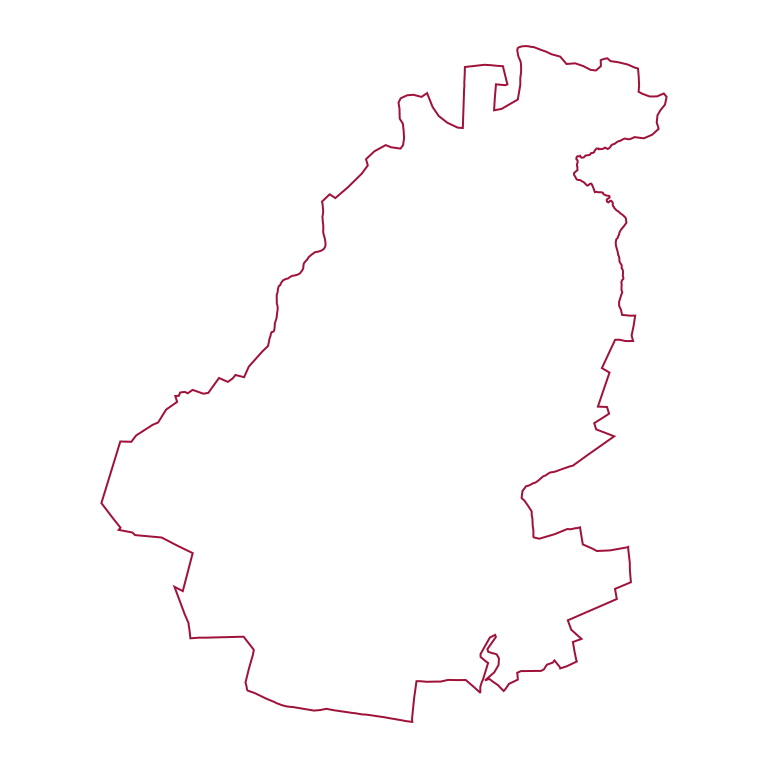 Ixtacomitán, Chiapas, Mexico (Natural Earth projection)
{"feature_id": "50627088B13512547734143", "entity_name": "Ixtacomitán", "entity_type": "district", "adm_level": 2, "iso_a3": "MEX", "parent_name": "Mexico", "parent_adm1": "Chiapas", "projection": "natural_earth1", "projection_center": [-93.084, 17.427], "detail": "fine", "context": "isolated", "style": "outline", "palette": "rose", "viewbox_px": 768, "rotation_deg": 0, "n_neighbors": 0, "source": "geoboundaries", "source_scale": "gbopen_adm2", "svg_char_len": 6064}
<svg xmlns="http://www.w3.org/2000/svg" viewBox="0 0 768 768"><path d="M600.7,60.1L600.9,66.1L595.9,70.5L590.5,69.8L583.3,66.1L575.2,63.3L566.5,64.0L560.2,56.6L551.4,54.2L546.2,51.7L541.6,50.1L533.8,47.1L531.5,46.9L527.8,46.2L524.6,46.1L521.8,46.4L518.6,47.4L517.8,48.1L517.2,50.2L517.6,52.1L518.0,55.0L518.6,57.0L520.6,61.6L520.9,63.6L521.1,66.1L521.1,72.2L520.3,78.1L520.3,84.8L517.8,99.5L501.6,108.9L494.1,110.3L494.8,98.2L496.0,84.3L505.3,85.2L507.4,84.4L502.9,66.2L497.0,65.8L490.9,65.2L484.4,64.8L464.9,67.0L464.7,74.7L464.3,82.7L464.4,86.3L464.1,89.2L462.9,125.7L462.8,128.0L462.6,128.0L457.6,127.6L447.3,122.7L438.8,116.1L432.6,107.0L427.1,93.1L421.5,96.9L413.5,94.8L407.1,95.3L400.7,98.3L398.5,102.6L399.5,108.7L399.7,118.6L402.9,123.8L403.7,131.4L404.1,138.2L403.0,145.3L400.5,148.6L390.9,147.2L385.7,145.1L374.4,151.3L366.0,159.2L367.8,165.4L361.9,173.5L348.0,187.2L335.3,198.1L329.7,194.3L322.0,201.6L322.5,203.7L323.2,211.2L323.1,213.0L322.4,217.0L322.7,219.3L322.7,221.0L323.2,224.7L323.3,226.9L323.2,232.0L323.5,233.9L324.5,237.4L324.9,239.0L325.5,243.0L325.5,245.0L325.1,246.9L324.0,248.7L322.6,249.9L320.8,250.8L317.7,251.8L315.6,252.0L314.6,252.4L312.7,253.9L311.5,254.7L308.9,256.9L307.2,259.5L305.3,261.6L304.0,263.1L303.5,265.0L303.2,268.5L302.5,269.9L301.4,271.5L300.3,272.8L299.7,273.6L297.1,274.8L294.5,275.5L292.8,275.7L291.9,276.0L290.0,277.0L288.0,278.5L286.0,278.9L283.3,280.2L282.0,281.6L280.8,283.5L280.2,285.2L278.8,286.1L277.9,289.0L277.7,291.8L276.7,295.1L276.8,303.3L277.5,305.9L277.7,308.2L277.5,310.3L276.5,318.3L274.8,323.5L274.7,326.7L274.2,330.6L273.2,331.7L271.8,332.0L270.9,333.7L270.5,335.9L269.5,338.6L268.9,342.0L268.0,346.0L262.3,351.5L248.8,366.6L244.1,377.2L235.4,375.0L232.8,378.3L227.9,381.9L219.0,378.0L208.3,392.9L203.4,393.7L192.6,389.9L187.7,393.3L184.9,391.9L182.0,392.2L180.1,392.6L178.8,395.8L175.3,396.0L177.1,401.9L166.1,409.6L158.1,422.5L152.7,424.8L136.2,435.4L131.3,441.8L120.3,441.5L101.4,503.1L113.6,519.1L120.5,527.7L118.7,529.9L132.4,532.5L135.1,535.1L161.6,537.5L177.6,545.8L192.7,553.1L182.8,591.1L174.5,586.8L184.6,614.0L188.6,623.3L188.7,625.4L189.3,628.6L190.4,638.3L198.8,637.7L204.5,637.7L243.6,636.7L253.2,649.0L253.8,650.1L252.9,654.8L248.9,668.7L245.5,682.5L246.6,686.7L247.0,689.6L247.9,690.7L254.8,693.1L265.5,698.3L267.8,699.3L274.6,702.1L276.4,703.1L282.6,705.4L287.1,706.5L293.2,707.1L314.1,710.6L320.5,710.0L326.3,708.8L334.3,710.3L352.9,713.0L355.0,713.2L362.1,714.4L366.3,714.6L382.6,717.0L403.5,720.6L405.8,721.1L412.3,721.9L412.0,719.2L414.1,698.2L416.5,681.2L420.0,681.2L427.1,681.8L434.8,681.6L440.6,681.6L448.0,679.9L457.0,680.1L465.7,680.0L473.3,686.5L480.6,693.0L480.3,692.4L480.3,686.9L481.9,681.8L482.5,680.6L483.1,679.2L488.1,662.9L486.5,661.9L480.6,657.0L480.5,654.1L489.9,637.5L495.1,634.9L495.9,637.0L487.4,649.1L488.2,651.8L492.7,653.3L494.0,653.5L496.6,654.3L498.9,658.2L498.6,664.9L494.3,672.3L485.0,680.4L489.3,678.9L489.7,679.2L492.9,681.7L497.7,684.9L498.5,685.6L499.0,686.3L503.7,691.0L505.5,689.0L509.0,683.8L515.4,680.8L517.8,679.6L517.5,674.9L517.2,672.8L520.9,671.1L541.0,670.9L543.8,669.5L546.9,664.7L552.8,662.6L554.4,660.4L554.7,660.7L557.7,664.5L559.6,666.7L560.2,668.4L566.7,666.3L576.8,661.5L576.2,659.7L574.6,651.9L572.9,642.0L581.5,638.9L571.3,629.8L567.8,620.3L616.8,599.0L615.0,588.9L630.9,582.2L629.9,570.3L629.8,562.9L628.3,549.6L628.2,546.9L627.4,547.3L610.0,550.4L596.9,551.0L592.6,548.7L582.8,544.4L580.0,527.3L577.0,528.2L576.0,528.1L570.6,529.3L567.4,529.0L554.6,534.2L539.4,538.7L534.1,537.5L533.5,537.1L533.4,536.7L533.4,530.4L532.7,525.8L532.4,518.4L531.7,514.9L531.7,511.5L527.6,505.1L524.6,500.9L521.6,498.0L522.5,491.0L526.1,486.2L528.7,485.6L530.8,484.6L532.9,483.3L535.6,482.5L538.0,480.8L543.1,476.4L545.7,475.4L548.2,473.6L550.3,472.4L553.6,472.0L556.4,471.2L559.5,470.0L569.8,466.4L573.6,465.4L573.9,464.9L588.3,454.5L614.2,436.3L596.2,429.4L594.2,423.2L609.1,413.7L607.0,407.0L597.9,406.6L609.5,372.6L601.9,368.1L615.1,339.8L619.3,339.7L625.8,341.1L633.1,341.0L631.6,335.5L633.6,325.9L635.2,315.6L630.3,315.7L622.1,314.9L620.9,309.6L619.1,305.7L619.1,301.8L621.4,294.5L622.3,292.2L621.5,290.0L621.5,286.9L621.7,284.1L621.3,282.5L622.0,280.3L623.4,278.8L623.3,277.5L622.8,275.6L623.1,271.5L622.6,269.6L621.6,268.1L621.8,266.2L621.6,265.1L620.8,263.7L619.8,262.3L619.4,260.6L619.3,258.4L619.0,256.5L618.1,254.8L617.9,252.7L616.0,245.8L615.7,242.6L616.3,239.3L617.7,237.9L618.3,235.9L619.0,234.8L619.4,232.7L620.7,230.1L624.5,225.4L625.8,223.6L626.4,222.8L626.1,220.2L625.9,218.6L625.3,217.4L622.5,214.8L620.3,213.3L619.1,212.0L617.7,211.1L616.5,210.3L615.5,209.2L614.5,208.3L614.0,207.0L613.3,206.5L612.7,204.9L612.9,203.7L612.7,202.7L612.0,201.6L611.4,200.9L611.0,200.7L609.9,201.1L608.5,202.4L607.3,201.9L606.9,201.4L606.7,199.8L607.6,198.8L609.1,198.1L609.6,197.4L609.4,196.1L608.5,195.8L606.3,195.5L603.5,194.2L602.9,192.8L601.5,192.3L599.9,192.2L598.5,192.3L596.4,191.8L594.9,192.2L593.1,187.2L591.8,184.3L591.1,183.6L589.9,183.8L588.9,184.8L588.0,185.4L587.3,185.6L586.4,184.9L583.7,182.1L581.9,181.3L580.6,180.3L579.7,180.0L578.2,180.0L577.1,179.6L576.2,178.7L575.3,176.8L574.0,174.7L574.0,173.2L576.2,171.1L577.4,170.2L577.4,166.9L576.9,165.8L577.1,164.0L577.5,162.7L577.7,161.2L577.1,159.8L576.3,159.0L576.5,157.4L577.5,156.2L579.7,156.4L580.1,155.9L581.2,157.5L581.7,157.7L583.8,157.4L585.7,155.4L586.9,155.4L589.6,154.9L590.5,154.1L590.7,153.4L591.7,152.9L593.0,152.9L594.2,152.1L594.7,150.6L596.1,149.1L596.5,148.5L598.5,148.5L598.7,149.2L601.8,149.0L603.3,148.7L605.0,147.6L606.5,148.3L607.5,149.0L608.6,148.6L610.5,146.8L611.1,145.5L612.4,144.5L614.7,143.8L616.4,142.4L618.7,141.1L620.4,140.8L622.1,139.7L624.5,138.6L626.2,138.8L627.6,139.2L629.6,139.2L631.5,138.5L633.1,137.9L634.3,137.1L643.9,138.3L652.2,134.7L658.6,128.9L658.1,126.7L656.7,122.6L657.5,115.2L660.3,110.4L665.0,104.6L666.6,96.9L663.8,93.5L657.0,96.4L649.7,96.5L642.2,93.7L638.6,91.8L639.1,85.5L638.7,76.4L638.0,68.5L635.0,67.7L627.7,64.5L618.5,62.3L610.5,61.1L607.4,58.3L604.2,58.9L600.7,60.1Z" fill="none" stroke="#9f1239" stroke-width="2"/></svg>